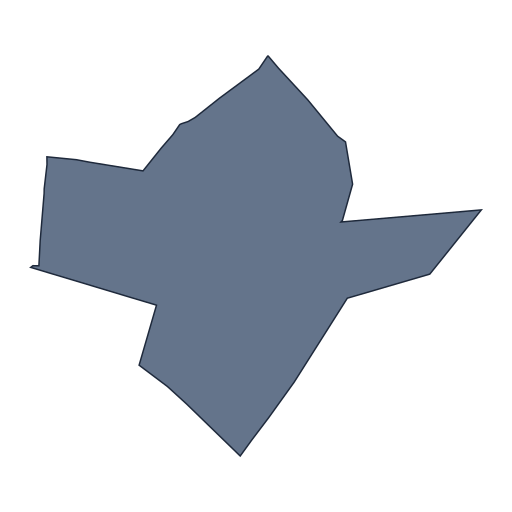 Plumtree, Matabeleland South, Zimbabwe
{"feature_id": "62879985B2376154175895", "entity_name": "Plumtree", "entity_type": "district", "adm_level": 2, "iso_a3": "ZWE", "parent_name": "Zimbabwe", "parent_adm1": "Matabeleland South", "projection": "albers", "projection_center": [27.803, -20.508], "detail": "fine", "context": "isolated", "style": "filled", "palette": "slate", "viewbox_px": 512, "rotation_deg": 0, "n_neighbors": 0, "source": "geoboundaries", "source_scale": "gbopen_adm2", "svg_char_len": 688}
<svg xmlns="http://www.w3.org/2000/svg" viewBox="0 0 512 512"><path d="M30.7,267.4L127.9,296.6L156.3,305.1L156.5,305.2L139.1,365.2L167.3,386.4L168.2,387.2L186.6,404.0L240.2,456.0L252.0,439.7L268.8,417.5L294.2,382.1L347.3,298.2L429.8,274.1L481.3,209.9L341.0,222.0L342.4,220.5L352.6,184.2L345.5,141.9L337.6,136.2L307.7,99.8L278.4,68.1L268.5,56.4L268.2,56.1L267.6,56.5L267.5,56.3L267.4,56.4L258.8,69.1L219.7,98.0L195.1,117.5L189.7,120.6L188.2,121.5L181.2,123.8L179.7,124.6L172.8,134.7L161.3,148.0L156.9,153.5L143.0,170.9L89.6,162.2L76.4,159.7L46.9,156.8L47.0,164.6L44.2,188.8L44.1,193.6L40.2,240.5L38.9,265.8L32.9,265.7L30.7,267.4Z" fill="#64748b" stroke="#1e293b" stroke-width="1.5"/></svg>